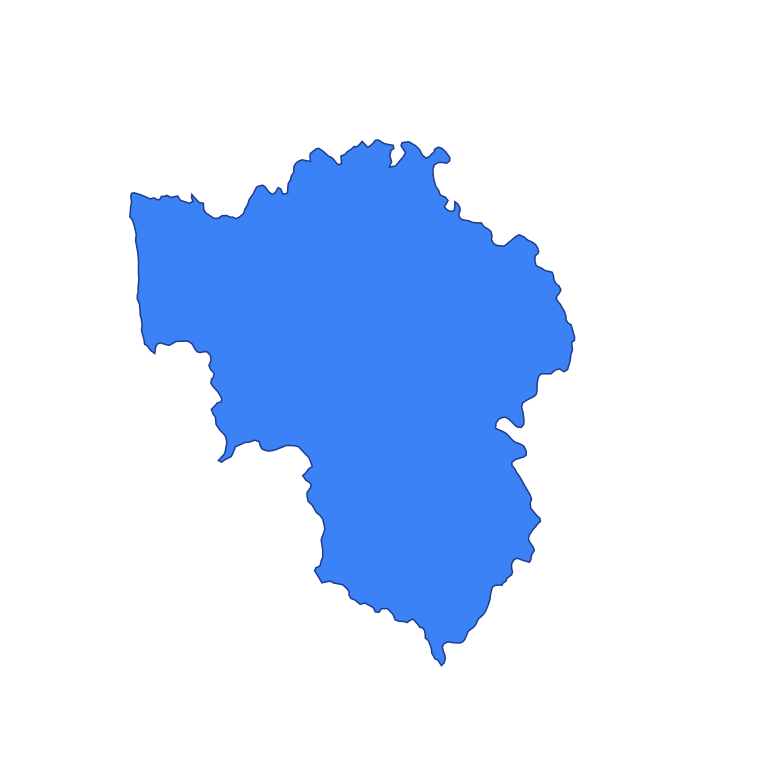 Baliza, Goiás, Brazil (Equal Earth projection), rotated 155°
{"feature_id": "56859067B68907801422928", "entity_name": "Baliza", "entity_type": "district", "adm_level": 2, "iso_a3": "BRA", "parent_name": "Brazil", "parent_adm1": "Goiás", "projection": "equal_earth", "projection_center": [-52.451, -16.34], "detail": "fine", "context": "isolated", "style": "filled", "palette": "blue", "viewbox_px": 768, "rotation_deg": 155, "n_neighbors": 0, "source": "geoboundaries", "source_scale": "gbopen_adm2", "svg_char_len": 6039}
<svg xmlns="http://www.w3.org/2000/svg" viewBox="0 0 768 768"><g transform="rotate(155 384 384)"><path d="M362.2,151.8L360.0,153.4L357.0,153.6L354.7,155.9L352.2,156.5L349.0,157.1L347.1,159.2L345.9,163.9L344.1,167.3L340.7,169.7L337.4,170.0L335.1,168.1L332.9,165.6L330.4,163.5L327.6,161.1L325.0,162.7L323.7,165.4L321.5,167.5L318.2,169.5L317.7,173.1L318.4,176.7L318.8,179.9L318.2,183.5L315.6,186.0L312.7,187.8L309.8,189.5L306.4,190.9L302.7,192.8L300.3,193.2L299.5,196.6L300.9,199.5L302.0,203.6L303.5,209.7L301.8,214.2L298.8,217.5L298.5,222.9L299.0,227.6L299.4,232.2L299.7,235.3L299.8,238.5L300.3,243.2L301.2,247.5L301.3,252.4L302.5,256.1L301.1,259.1L296.8,260.0L292.2,259.5L288.4,258.8L285.1,259.5L283.4,263.1L283.5,268.5L286.0,272.2L287.9,274.1L289.9,276.1L291.8,280.3L293.3,285.5L294.7,288.5L297.1,291.7L299.5,294.1L301.6,296.9L298.7,301.5L294.6,303.7L291.4,303.7L288.0,302.6L285.5,299.0L284.1,295.4L283.0,292.0L281.4,288.8L278.1,286.6L274.4,288.4L272.5,291.9L271.5,294.9L270.1,299.1L269.1,304.9L266.2,308.3L261.8,309.0L257.4,309.2L253.4,309.2L250.4,310.3L248.2,313.2L246.2,317.3L244.1,321.2L241.3,324.9L238.9,326.4L236.0,326.4L232.0,324.3L228.5,322.7L225.4,323.5L222.5,324.3L218.4,323.3L215.7,319.0L211.6,319.5L208.5,322.9L206.1,325.6L204.1,328.4L202.3,331.7L198.9,335.0L197.4,339.6L196.2,342.5L193.1,342.9L191.4,346.1L190.8,350.3L190.1,354.0L189.4,358.6L191.5,361.6L191.9,365.0L190.4,368.8L189.8,373.8L190.3,377.6L190.4,381.1L191.3,384.7L191.9,388.6L189.7,390.9L186.4,392.4L183.8,394.8L184.0,398.9L185.8,402.1L185.8,406.7L184.6,410.9L184.4,414.2L186.4,416.0L188.7,417.5L190.5,419.4L192.1,422.1L194.2,424.5L196.1,427.2L195.1,432.1L192.8,436.3L189.9,437.0L187.9,438.5L187.4,441.9L187.5,445.5L188.7,448.3L190.3,450.7L192.9,453.6L195.0,458.2L198.4,462.1L201.1,462.1L204.4,461.5L208.1,460.3L212.2,459.4L215.1,458.5L217.5,458.4L220.4,460.3L223.0,461.7L225.3,465.0L225.6,469.4L223.4,472.8L222.7,477.2L224.6,481.2L226.9,484.1L227.7,488.9L230.4,490.2L233.7,491.9L236.1,493.6L238.1,496.1L240.8,497.8L243.9,500.1L245.1,503.0L244.5,506.3L242.0,508.6L240.7,511.5L241.0,515.9L242.8,519.3L245.0,514.4L247.2,511.5L250.0,511.9L253.0,514.7L254.5,519.0L251.5,521.0L248.4,523.2L249.5,527.6L251.4,529.4L253.2,531.9L252.7,535.9L253.5,541.2L252.9,545.6L252.1,549.5L250.3,554.8L248.6,558.4L245.8,561.3L241.6,561.9L237.9,560.4L234.0,557.6L230.2,558.4L228.7,561.3L229.4,565.5L230.4,569.6L232.0,573.2L234.7,575.7L238.6,575.5L240.8,573.0L243.7,572.3L246.4,571.1L250.3,570.9L252.5,575.0L252.8,581.7L254.7,586.6L259.0,592.9L262.6,594.3L265.8,595.0L267.9,592.8L266.7,584.5L270.7,581.7L275.5,579.6L281.3,576.7L287.5,578.4L283.1,582.3L282.3,588.2L278.9,592.8L275.7,593.1L274.8,596.5L278.0,598.6L282.4,602.1L286.1,607.7L289.0,608.5L291.8,607.0L295.0,605.9L298.8,605.3L301.2,613.1L305.6,611.2L308.5,610.4L310.6,611.9L314.3,610.7L319.3,610.0L322.4,608.6L326.7,608.8L329.4,601.6L333.1,602.2L335.2,610.4L338.3,614.5L340.4,619.9L343.5,625.1L345.8,625.8L353.3,624.1L354.9,621.7L356.7,616.8L363.5,621.8L367.0,622.1L370.3,621.4L373.6,619.4L376.1,614.3L380.2,611.6L382.2,608.8L386.1,606.1L388.9,601.4L390.8,597.7L395.4,598.7L395.1,604.3L396.9,606.7L401.7,603.4L405.2,603.1L407.3,607.0L408.5,613.1L409.9,615.4L413.8,616.3L416.4,616.3L422.1,611.7L425.2,609.9L428.5,607.9L431.6,604.4L435.9,601.4L439.4,597.8L444.6,596.4L448.3,596.4L450.5,599.1L452.8,600.2L455.6,603.3L459.8,605.0L464.2,604.3L467.9,605.8L473.2,614.3L473.6,618.2L471.3,624.3L474.8,626.5L476.6,631.9L478.1,637.0L479.7,634.2L480.0,630.3L484.2,630.0L486.6,632.6L490.9,636.4L491.5,641.6L498.1,643.0L501.1,646.8L503.5,646.8L506.4,648.1L508.5,646.4L510.9,646.2L514.0,650.0L517.6,650.5L524.3,658.1L529.7,662.9L532.2,663.5L534.1,661.2L536.0,655.4L538.9,651.4L541.4,646.8L543.7,643.2L542.8,639.0L543.3,634.1L544.1,629.7L545.3,624.3L548.5,619.0L551.2,608.6L553.0,603.1L554.9,598.4L559.3,589.1L561.7,582.9L566.7,574.3L568.0,571.1L570.1,568.7L571.7,565.2L571.8,559.9L574.0,553.8L575.8,549.6L576.6,544.9L578.6,539.1L581.2,535.0L581.9,530.8L582.9,525.1L584.2,521.3L582.3,518.5L581.4,513.2L578.9,508.5L575.6,513.7L572.9,516.0L569.3,515.8L564.3,511.2L562.1,509.8L554.3,510.4L545.9,506.9L543.1,505.1L540.9,501.2L540.5,495.2L539.6,492.0L537.2,490.2L533.2,489.2L530.7,487.8L529.3,483.1L530.7,478.6L534.8,474.9L535.1,471.0L533.5,465.2L535.7,462.3L538.3,461.2L540.5,458.2L540.2,454.5L538.0,447.7L537.3,442.5L537.3,439.2L539.1,436.7L543.1,437.3L547.9,435.1L551.2,434.0L551.6,429.1L550.8,425.3L553.3,418.2L552.2,411.8L549.8,404.5L550.4,399.9L551.5,396.9L556.5,389.9L558.5,387.9L566.4,384.7L564.3,381.8L559.1,382.7L553.2,382.8L550.1,385.2L545.2,389.9L534.6,389.7L530.2,388.2L524.7,387.6L521.5,384.3L522.2,381.0L522.0,376.4L517.9,372.5L515.1,371.3L510.8,370.3L498.2,369.5L491.2,365.9L487.9,363.2L485.4,355.4L483.1,349.2L483.4,343.9L483.9,339.6L488.0,339.0L492.3,336.6L496.4,335.4L495.4,329.5L493.3,326.8L492.6,323.4L494.8,320.8L497.5,319.5L499.9,317.8L501.2,314.6L502.3,309.5L500.3,304.7L500.0,301.2L499.6,296.0L497.6,292.1L496.6,287.4L498.0,281.0L499.1,277.1L504.5,271.7L506.8,269.3L508.8,262.6L509.9,258.8L512.7,253.0L515.6,250.3L519.0,246.1L523.4,246.2L525.8,244.1L525.0,237.8L524.3,230.0L519.8,229.1L516.0,228.0L513.7,224.9L506.3,219.6L504.1,214.4L503.4,210.9L504.9,207.4L504.6,203.6L501.7,200.7L500.0,197.2L498.7,194.4L493.9,193.6L488.3,186.0L488.1,181.1L485.2,179.2L481.0,181.4L478.2,180.0L475.8,179.0L473.2,171.4L473.6,165.6L470.5,162.4L467.1,160.9L463.8,158.0L459.8,158.9L456.8,158.4L455.8,154.8L454.8,151.4L454.3,148.2L452.0,146.6L451.5,143.4L452.3,140.1L453.9,136.3L452.2,132.7L452.5,127.5L453.1,123.6L454.4,120.0L454.0,113.5L451.8,110.9L451.0,104.5L447.2,105.9L444.3,109.4L443.3,113.4L443.2,116.6L442.3,120.9L439.9,123.1L437.1,123.4L434.6,123.1L431.6,120.9L428.9,119.4L426.0,117.8L423.5,117.0L421.1,117.2L418.6,118.5L415.4,121.3L413.1,123.6L410.7,124.8L407.6,125.3L405.1,125.9L402.5,127.2L400.2,129.2L397.8,131.2L394.4,132.1L390.5,133.6L388.2,135.0L385.9,137.0L383.5,139.2L381.4,141.3L378.9,144.2L376.2,148.5L373.7,151.7L371.4,154.1L368.6,154.6L365.1,153.4L362.2,151.8Z" fill="#3b82f6" stroke="#1e3a8a" stroke-width="1.5"/></g></svg>